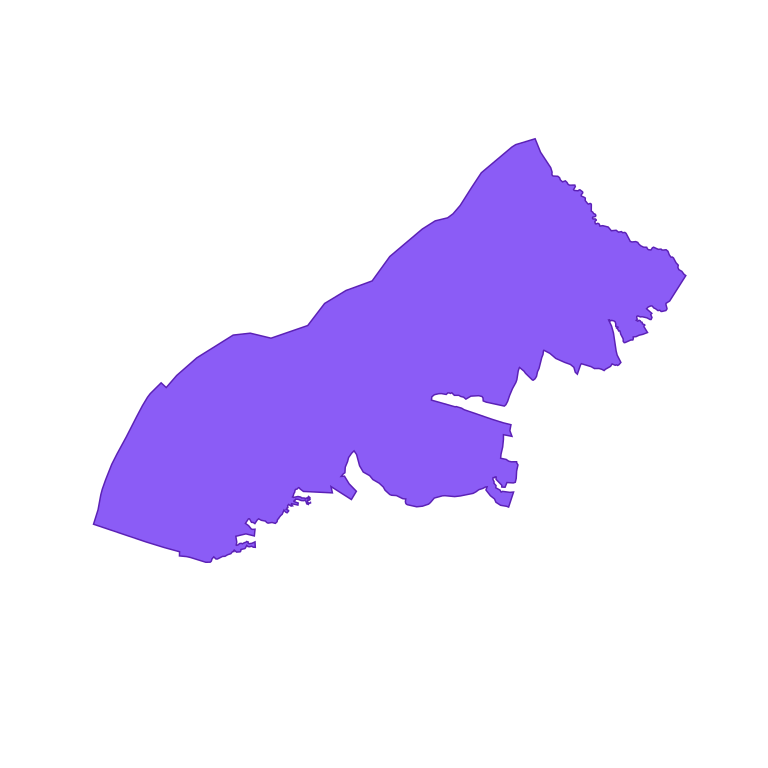 Galicea, Vâlcea, Romania (Albers equal-area conic projection), rotated 37°
{"feature_id": "2599482B8272038924488", "entity_name": "Galicea", "entity_type": "district", "adm_level": 2, "iso_a3": "ROU", "parent_name": "Romania", "parent_adm1": "Vâlcea", "projection": "albers", "projection_center": [24.314, 44.946], "detail": "fine", "context": "isolated", "style": "filled", "palette": "violet", "viewbox_px": 768, "rotation_deg": 37, "n_neighbors": 0, "source": "geoboundaries", "source_scale": "gbopen_adm2", "svg_char_len": 6169}
<svg xmlns="http://www.w3.org/2000/svg" viewBox="0 0 768 768"><g transform="rotate(37 384 384)"><path d="M379.5,591.9L376.0,587.7L374.4,590.7L372.4,592.7L371.1,592.8L370.7,591.9L369.1,592.4L368.9,593.6L368.0,594.7L367.1,596.8L365.8,597.2L364.7,598.3L364.2,600.4L363.5,601.5L362.9,601.6L361.6,598.9L357.3,594.8L363.9,586.8L371.9,583.4L368.4,577.6L366.7,579.1L365.4,579.7L361.1,578.6L357.2,578.7L356.9,573.2L357.7,572.6L361.4,574.2L362.9,573.3L364.9,573.2L364.6,569.1L365.0,567.1L368.0,566.7L371.9,564.8L373.5,565.2L375.1,564.9L377.9,562.0L381.1,560.7L381.5,558.4L380.5,556.2L380.9,554.9L380.6,554.1L380.7,551.1L381.1,549.3L380.0,544.9L382.4,545.5L384.1,545.2L384.3,543.0L383.9,542.4L381.4,542.8L381.7,542.1L381.2,541.2L381.6,540.5L380.3,539.3L380.3,537.6L383.3,537.4L384.3,536.3L382.6,536.0L382.2,535.2L388.1,532.5L387.1,530.7L382.8,532.1L382.4,531.4L382.5,530.8L383.0,530.5L382.7,529.2L384.8,527.8L388.0,526.9L390.0,525.6L390.4,524.8L392.0,524.5L394.4,526.2L396.1,525.7L395.8,524.8L396.9,523.2L396.6,522.9L396.3,523.9L394.5,524.7L392.9,522.7L394.0,522.1L394.4,521.1L394.3,520.5L393.7,520.7L393.2,519.3L391.5,519.3L392.1,521.0L391.8,521.2L391.4,520.6L391.3,521.3L390.5,521.9L390.5,522.9L389.0,523.0L386.7,524.6L385.6,524.4L383.0,525.6L380.0,529.0L378.9,529.3L378.8,527.9L377.9,525.7L377.9,524.5L376.8,522.2L377.0,521.0L377.8,520.3L378.1,518.2L378.9,517.9L380.1,518.3L384.3,518.3L408.3,502.0L403.4,497.8L427.5,495.9L426.5,486.3L416.2,484.7L407.9,481.4L405.4,483.6L405.6,480.1L406.2,478.4L403.1,473.7L401.6,467.9L400.0,464.1L399.8,458.9L400.3,455.4L404.5,456.8L413.7,464.0L420.4,466.8L427.7,465.8L432.6,467.0L439.9,466.1L445.5,466.7L448.8,468.2L455.1,468.8L457.0,468.3L461.1,465.6L468.0,464.3L470.6,462.7L471.8,465.0L473.0,466.1L474.2,466.5L475.4,466.3L484.0,462.4L488.3,458.4L491.9,453.1L492.4,450.9L492.8,444.8L498.0,438.1L499.9,436.5L508.2,431.4L512.2,427.6L521.0,417.7L522.4,414.6L523.3,411.4L525.9,407.7L526.9,405.4L528.2,404.1L529.2,407.3L536.2,409.2L541.4,409.3L544.6,411.1L550.1,410.7L555.5,407.9L557.6,407.3L552.5,392.3L549.7,394.8L543.3,398.4L542.8,399.6L542.3,399.8L540.7,398.9L535.7,399.6L534.6,397.7L531.6,397.1L530.7,395.8L528.2,394.5L527.5,393.1L528.7,392.2L528.6,391.3L529.6,390.8L530.9,392.7L539.1,394.0L540.0,395.4L540.9,394.9L542.8,393.6L541.5,388.7L546.8,385.2L548.0,383.5L546.4,379.8L542.3,373.7L539.7,368.0L537.6,367.2L536.7,366.3L532.5,369.5L530.0,370.6L527.0,370.7L521.8,373.1L519.7,369.6L516.7,362.9L512.7,356.3L509.9,352.6L517.7,348.8L512.6,345.5L509.9,340.1L502.4,343.3L491.7,347.1L463.5,356.3L460.5,356.6L455.2,358.6L454.6,359.4L431.6,368.3L429.9,365.4L430.7,362.2L433.7,358.6L435.8,357.0L440.0,354.9L440.3,352.7L441.5,351.8L442.7,351.6L443.4,350.2L447.0,350.7L450.6,348.0L452.7,347.8L455.5,346.6L458.5,346.8L460.7,341.4L466.7,336.3L469.8,335.0L471.5,335.6L473.4,337.8L476.5,337.0L493.4,329.2L493.8,327.2L493.2,323.5L491.2,317.5L489.4,310.4L488.4,303.4L487.5,300.6L483.3,292.7L482.3,289.7L482.3,289.2L488.1,289.5L490.6,290.3L500.1,291.5L500.9,291.1L501.5,288.9L501.2,286.1L499.2,281.8L498.5,278.4L494.1,268.0L493.2,264.7L491.4,261.6L491.4,260.8L498.1,259.7L505.8,260.2L515.3,258.0L521.1,256.2L525.6,256.4L529.7,259.5L532.5,259.8L529.5,250.6L529.4,249.0L539.0,245.5L542.8,245.0L546.4,242.2L549.1,241.2L551.7,240.8L552.0,238.9L554.3,233.6L554.1,230.7L557.4,229.9L558.1,228.8L559.4,228.6L560.0,227.3L560.2,224.2L552.8,220.6L549.5,217.9L536.6,205.2L530.9,200.8L524.8,197.7L525.4,197.0L526.9,197.3L527.5,196.2L529.5,195.3L531.1,195.2L532.9,196.5L534.3,198.4L536.7,197.8L536.8,198.2L536.1,199.3L537.4,199.4L539.6,200.4L540.1,199.7L540.6,199.8L543.2,201.8L547.8,204.0L549.4,206.0L551.0,206.4L551.7,205.7L554.6,200.4L556.2,199.1L555.9,197.9L554.7,196.4L556.8,194.5L558.4,191.5L560.8,188.6L563.5,184.3L557.1,181.8L556.6,180.9L556.9,180.1L556.5,179.8L554.2,180.4L553.0,179.4L551.9,179.8L550.6,179.3L549.3,179.6L548.9,181.1L547.1,181.3L547.3,179.9L545.9,178.9L545.2,177.9L545.8,176.8L548.3,176.2L549.7,174.9L554.2,172.9L557.7,172.4L558.5,171.7L558.0,169.6L555.2,168.0L555.4,166.4L548.4,165.9L548.7,163.4L550.2,160.9L551.2,160.4L554.2,160.9L555.2,160.5L558.6,160.5L559.9,159.1L561.7,159.3L562.4,158.7L564.9,155.7L564.9,154.1L564.6,153.4L561.4,150.9L560.7,149.8L562.2,145.8L559.8,115.8L557.5,115.8L554.1,114.8L550.6,115.2L548.5,114.0L547.5,112.0L544.2,111.4L539.3,109.1L537.9,109.1L537.0,110.0L534.2,109.2L530.9,107.1L528.5,107.0L526.4,109.0L525.2,109.7L524.1,109.5L522.0,111.4L517.0,112.5L516.4,113.6L516.5,116.4L514.3,117.6L513.1,117.5L511.5,116.7L509.0,118.5L505.8,119.1L503.4,118.9L501.4,118.2L499.3,118.8L496.6,121.3L494.9,121.9L486.7,118.0L485.1,118.0L483.6,119.5L481.9,119.4L479.9,121.6L476.9,121.5L473.3,124.8L468.6,123.7L463.4,125.9L461.4,127.9L459.8,126.8L458.7,126.8L458.0,127.0L457.1,128.4L456.4,128.8L454.8,127.6L454.6,126.6L455.0,125.5L454.6,125.1L453.4,125.0L451.7,126.4L450.6,126.0L450.3,125.2L451.9,123.1L452.0,122.5L451.6,121.8L450.7,121.3L448.8,121.7L447.2,121.1L445.5,121.2L441.6,115.9L440.8,115.5L439.9,115.8L439.1,117.2L438.2,117.4L434.3,116.4L432.9,114.4L432.1,114.3L428.4,115.1L427.7,114.3L427.7,111.7L426.9,111.0L423.6,111.0L423.1,111.5L422.7,112.9L419.5,114.9L418.4,114.7L418.0,111.2L416.7,110.3L412.4,113.6L410.7,113.7L408.9,112.9L406.6,112.6L404.9,115.1L402.1,114.9L400.1,113.6L397.8,113.5L394.1,116.0L393.1,116.2L391.9,115.5L390.7,113.6L387.0,110.9L369.6,104.7L357.1,97.2L345.1,113.6L343.5,117.9L334.6,156.7L335.7,174.4L337.4,195.5L336.7,206.5L334.8,213.0L326.7,222.9L321.3,237.2L311.9,278.7L312.5,308.8L297.4,332.1L288.1,355.4L287.9,383.2L266.2,415.4L246.6,423.9L234.1,435.7L218.8,475.6L213.3,501.9L212.2,517.9L205.3,517.2L203.1,532.4L203.1,536.9L204.1,546.5L206.1,559.0L210.0,581.2L212.9,600.8L214.9,612.0L219.3,628.0L222.3,637.5L224.5,642.9L231.3,656.5L236.4,670.8L289.1,653.3L306.8,646.9L321.7,641.0L324.1,644.4L330.3,640.6L333.9,639.0L349.0,633.6L352.5,630.8L352.7,629.4L351.9,627.2L352.1,624.5L355.1,624.9L356.3,624.0L358.8,618.9L360.7,617.3L361.9,614.4L363.8,611.7L363.9,609.0L364.9,608.2L364.3,607.5L364.3,606.8L367.4,607.0L370.1,604.6L370.1,603.4L369.3,602.3L371.9,599.2L372.0,598.3L371.5,595.5L373.2,595.7L374.5,595.0L376.0,593.2L377.8,593.0L379.5,591.9Z" fill="#8b5cf6" stroke="#5b21b6" stroke-width="1.5"/></g></svg>